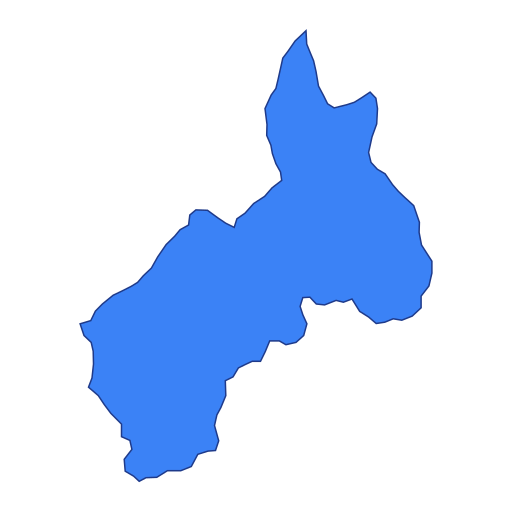 outline of Ribeirão Pires, São Paulo, Brazil
{"feature_id": "56859067B19734921471154", "entity_name": "Ribeirão Pires", "entity_type": "district", "adm_level": 2, "iso_a3": "BRA", "parent_name": "Brazil", "parent_adm1": "São Paulo", "projection": "natural_earth1", "projection_center": [-46.402, -23.694], "detail": "fine", "context": "isolated", "style": "filled", "palette": "blue", "viewbox_px": 512, "rotation_deg": 0, "n_neighbors": 0, "source": "geoboundaries", "source_scale": "gbopen_adm2", "svg_char_len": 1724}
<svg xmlns="http://www.w3.org/2000/svg" viewBox="0 0 512 512"><path d="M80.1,323.8L84.0,335.5L91.2,342.4L93.2,351.2L93.5,364.1L92.0,378.0L88.5,387.2L98.3,395.6L104.3,404.6L110.9,413.4L121.5,424.1L121.5,436.7L129.9,440.4L131.9,449.4L124.2,459.3L125.2,471.2L133.7,476.2L139.2,481.3L146.0,477.7L156.8,477.3L167.4,470.7L180.8,470.7L191.3,466.5L197.8,454.3L208.0,451.1L215.5,450.5L218.7,440.8L214.5,425.5L216.9,414.9L220.9,407.5L225.8,395.6L225.3,380.7L233.0,376.9L238.4,367.9L245.3,364.5L252.2,361.3L260.5,361.3L265.3,351.5L269.7,340.9L279.3,340.9L285.9,344.7L296.0,342.4L303.7,335.5L306.9,323.8L302.8,314.7L300.1,306.4L302.8,297.6L309.9,297.2L316.3,304.0L324.6,304.9L336.1,300.4L343.4,302.2L352.0,299.0L359.7,311.4L368.6,317.0L376.2,323.5L384.8,322.2L393.2,318.8L401.8,320.2L412.2,316.1L421.1,307.8L421.1,296.1L428.9,286.0L431.9,273.1L431.9,261.2L426.5,252.8L421.5,245.0L419.1,232.4L419.4,222.3L413.7,205.6L404.8,197.5L398.4,191.4L392.5,184.6L385.1,173.8L377.4,169.3L371.0,162.4L368.6,152.5L372.0,136.9L376.7,123.9L377.5,108.6L375.9,98.2L370.1,92.1L361.7,97.7L354.3,102.3L346.9,104.7L334.1,107.9L327.6,103.8L323.4,95.3L318.5,86.1L316.0,71.4L313.6,60.8L310.3,52.9L306.7,44.0L306.0,30.7L295.1,41.0L287.9,51.4L282.8,58.1L281.0,66.3L278.1,79.3L275.9,88.5L271.2,95.0L265.0,108.6L267.0,124.5L266.7,135.4L270.9,145.2L272.4,153.6L275.9,163.7L280.5,172.0L281.7,180.4L272.1,187.8L264.6,196.4L253.7,203.5L245.0,213.2L236.9,218.8L234.2,227.4L225.7,223.2L217.6,217.7L207.5,210.3L195.9,209.9L189.8,215.0L188.6,225.0L180.1,229.7L174.7,236.2L166.2,244.5L157.7,256.9L151.4,268.1L143.3,275.8L137.6,282.4L131.1,286.4L121.8,291.1L113.2,295.2L102.4,304.0L95.4,311.1L90.8,320.6L80.1,323.8Z" fill="#3b82f6" stroke="#1e3a8a" stroke-width="1.5"/></svg>